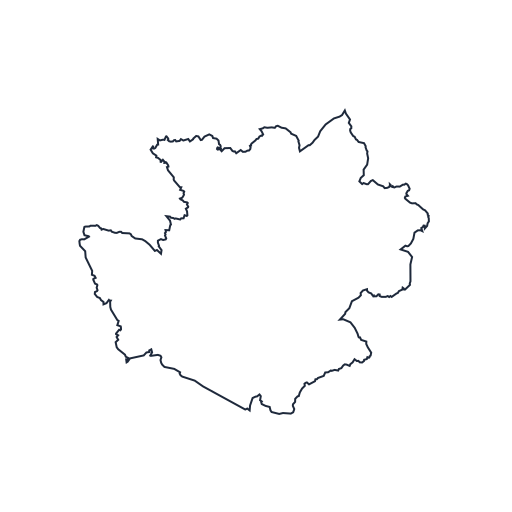 the district of Benito Juárez, Zacatecas, Mexico, rotated 134°
{"feature_id": "50627088B40188913949986", "entity_name": "Benito Juárez", "entity_type": "district", "adm_level": 2, "iso_a3": "MEX", "parent_name": "Mexico", "parent_adm1": "Zacatecas", "projection": "mercator", "projection_center": [-103.583, 21.491], "detail": "fine", "context": "isolated", "style": "outline", "palette": "slate", "viewbox_px": 512, "rotation_deg": 134, "n_neighbors": 0, "source": "geoboundaries", "source_scale": "gbopen_adm2", "svg_char_len": 6154}
<svg xmlns="http://www.w3.org/2000/svg" viewBox="0 0 512 512"><g transform="rotate(134 256 256)"><path d="M111.0,155.7L108.8,158.0L108.2,159.4L107.2,159.6L107.1,161.1L106.1,162.0L105.7,166.1L106.4,168.2L106.6,174.6L107.2,176.2L107.2,177.9L109.7,180.3L110.6,182.2L111.1,188.4L110.8,189.3L109.5,189.9L107.2,188.6L107.0,190.7L106.5,191.4L103.7,192.1L102.4,191.5L100.9,192.2L99.5,195.8L99.5,197.7L100.0,198.6L101.6,198.8L102.7,199.9L106.2,200.8L108.4,203.2L110.6,204.1L111.5,205.9L109.9,206.3L111.7,206.1L112.2,207.5L111.4,208.4L111.4,209.5L112.0,208.8L114.0,208.2L115.9,209.0L117.8,210.6L117.5,212.9L119.9,218.0L120.3,224.7L122.3,225.5L126.5,225.3L127.5,226.3L128.8,229.3L130.5,229.6L130.5,233.5L127.0,234.9L123.0,234.6L119.1,238.6L113.1,239.5L107.8,243.2L105.1,247.2L103.3,248.5L103.2,249.7L101.7,252.7L100.8,253.4L99.8,256.7L102.7,261.4L102.3,263.9L102.7,265.1L101.7,267.9L102.2,269.4L101.3,273.7L100.4,275.4L99.2,276.4L97.9,276.2L96.5,277.5L95.8,281.7L92.5,283.2L91.1,290.3L89.6,293.2L94.8,292.0L97.7,292.7L102.9,295.5L113.0,297.3L121.6,296.5L127.0,294.3L131.9,294.5L135.2,294.0L139.0,294.3L139.8,295.2L150.2,297.1L148.3,300.2L146.1,301.6L144.1,305.1L143.4,305.4L141.7,310.5L143.6,315.7L143.0,317.1L143.6,323.3L146.0,326.8L147.2,330.8L148.7,331.7L150.7,331.5L152.6,334.1L155.9,336.9L157.6,339.4L159.5,339.8L162.1,341.4L162.4,338.6L163.6,335.3L165.4,335.2L165.5,335.8L167.7,336.5L170.0,335.9L171.5,336.9L173.3,336.7L178.3,337.3L179.7,336.9L180.0,336.3L181.0,336.8L181.7,335.3L183.1,334.4L185.0,334.3L186.2,335.4L188.3,336.0L190.2,337.8L190.4,340.6L195.8,341.6L195.4,343.9L196.3,344.6L196.8,345.9L196.2,349.5L200.3,353.5L204.5,353.5L204.4,354.8L203.4,355.6L206.1,357.5L206.1,358.4L205.0,359.0L204.5,359.0L203.7,357.0L202.8,356.9L201.5,357.7L201.0,359.0L201.2,360.3L199.0,363.2L199.0,365.9L201.0,368.8L200.0,370.8L201.0,374.1L205.9,376.0L210.0,375.6L211.0,376.3L210.0,380.5L211.2,382.4L215.1,382.7L215.7,382.3L219.5,383.1L218.9,386.0L223.4,388.5L224.1,391.2L226.3,390.9L229.0,393.0L228.7,394.7L229.6,395.4L231.4,395.4L233.0,396.8L233.8,398.2L233.8,400.0L233.0,400.1L232.5,400.7L232.1,403.5L232.6,403.8L236.1,402.5L236.8,403.6L239.6,405.4L240.1,408.0L243.8,403.8L244.6,404.4L248.2,403.5L249.3,403.8L250.1,404.6L249.7,405.4L248.0,406.5L252.7,405.7L253.8,401.5L253.0,397.4L254.4,396.4L253.5,394.7L253.2,391.4L254.5,390.0L254.2,389.6L251.5,389.8L251.8,387.3L252.7,386.6L252.0,386.0L251.4,386.4L251.0,385.6L251.8,382.1L252.5,381.1L253.9,381.8L255.5,378.8L256.5,369.8L258.2,368.3L258.6,367.3L259.4,358.6L258.5,357.5L261.1,356.5L259.5,353.3L259.6,352.3L261.1,351.8L261.9,350.4L264.0,349.8L265.5,349.6L267.5,350.6L267.7,349.8L266.9,347.3L267.1,345.5L265.3,342.8L265.3,341.9L266.9,341.5L267.6,339.0L268.2,338.7L270.7,339.3L271.8,336.6L274.4,333.6L275.3,333.6L276.3,335.7L279.2,334.3L280.9,336.0L282.4,335.9L284.8,339.9L285.8,340.4L286.1,341.8L287.6,343.9L287.4,345.2L289.6,348.1L290.3,342.4L292.5,339.0L293.4,339.1L297.8,336.3L300.2,339.1L301.3,337.5L302.8,337.4L303.4,336.0L304.5,335.7L305.7,332.8L306.8,332.5L309.0,333.9L309.9,336.1L313.1,337.2L314.5,335.9L316.0,332.9L316.6,332.7L317.4,328.0L320.4,325.9L320.5,331.4L322.6,332.3L321.8,340.4L322.2,346.0L323.1,349.5L327.3,355.1L328.0,359.4L327.3,361.0L327.6,362.7L332.4,368.2L332.3,369.8L333.5,371.1L336.1,372.2L337.3,373.6L338.7,376.6L338.4,378.3L340.1,379.6L342.7,384.7L344.3,385.4L343.7,386.6L344.2,387.6L343.9,390.4L344.4,392.0L345.8,392.5L349.2,396.1L350.5,396.4L353.5,399.3L354.4,399.6L358.5,397.0L360.2,393.8L358.0,390.1L358.1,389.6L363.3,391.1L364.9,392.9L366.5,393.8L368.0,393.4L369.6,391.5L370.9,389.7L371.2,382.2L375.4,377.5L380.5,363.5L383.5,361.0L382.4,358.4L383.1,356.2L385.4,357.1L386.1,356.6L387.7,352.6L386.9,350.6L387.1,349.9L389.5,348.6L390.7,346.2L391.7,346.0L393.8,346.8L395.3,345.6L395.8,341.8L394.7,339.1L395.4,336.9L395.0,333.8L396.7,332.1L393.8,330.8L389.8,331.3L389.9,330.6L389.0,329.5L390.2,329.2L393.9,325.4L395.3,323.1L398.4,311.3L398.1,309.7L402.1,307.7L400.6,304.4L401.6,303.1L402.6,302.1L403.7,302.0L404.1,303.2L409.0,302.8L409.4,302.4L408.8,300.1L411.1,300.0L412.0,296.9L415.5,297.1L418.4,292.8L418.8,290.4L418.0,281.7L418.9,279.7L418.1,277.0L419.8,276.5L420.6,277.5L422.4,275.2L421.2,274.9L417.2,275.5L405.5,267.7L401.5,267.8L399.1,266.0L398.1,267.2L395.9,266.5L397.5,263.8L401.1,262.9L400.9,262.3L395.3,257.9L394.1,255.4L394.6,253.7L397.2,252.4L398.7,250.0L399.3,248.1L399.4,244.8L394.0,236.4L392.4,229.8L393.6,229.3L394.2,227.4L394.0,225.3L388.2,213.5L386.6,203.5L373.9,157.1L371.8,156.3L371.5,153.3L367.7,156.4L360.5,159.8L357.4,158.6L356.3,157.7L353.2,157.3L353.5,155.2L356.9,152.9L356.6,150.8L357.5,150.8L358.5,149.0L357.2,145.0L355.1,141.3L357.0,138.3L357.4,136.4L353.5,129.6L350.2,127.5L345.2,121.5L342.6,120.7L340.4,121.7L339.5,122.2L338.2,125.4L337.0,126.4L333.8,126.5L331.5,128.6L328.0,128.6L327.1,127.9L323.7,129.7L319.3,130.8L315.5,130.7L314.2,132.4L312.8,132.2L311.6,131.6L311.5,128.7L305.1,126.6L303.4,127.6L302.3,126.6L300.7,126.7L295.2,124.0L291.7,125.3L289.6,123.4L286.3,122.6L286.1,121.8L283.3,120.3L281.3,117.3L279.7,117.9L277.4,116.7L274.3,117.2L272.3,116.9L271.2,115.4L270.0,112.3L268.3,113.0L265.4,112.6L261.8,113.4L261.5,110.5L260.3,109.5L260.4,107.5L258.9,105.7L256.4,105.4L255.5,106.1L253.2,104.7L251.4,105.6L250.8,104.1L250.1,104.0L249.2,104.6L248.0,104.4L245.5,106.0L244.0,112.2L242.7,115.6L240.9,117.2L243.3,122.1L242.3,124.6L243.0,125.2L243.0,126.0L241.3,129.0L239.1,135.1L238.1,142.0L240.9,149.3L243.5,151.5L235.7,151.7L234.2,152.7L228.7,152.6L221.9,155.6L214.8,153.3L211.4,153.3L210.0,155.0L206.5,155.1L202.8,153.1L203.8,152.1L204.0,149.8L202.9,147.1L203.4,144.5L202.6,143.9L203.3,143.3L201.3,141.4L198.6,141.4L197.8,140.3L198.9,139.2L198.1,137.2L195.3,134.3L193.3,133.4L193.0,131.7L191.4,131.5L191.2,130.0L185.4,128.9L184.0,128.3L182.0,128.8L178.5,127.4L176.9,128.5L176.7,127.1L177.2,126.1L176.7,125.5L169.8,125.2L169.0,126.3L166.9,127.3L154.8,139.1L148.3,143.0L147.4,149.5L150.8,156.5L144.8,155.7L144.0,154.0L143.0,153.3L139.4,153.3L134.4,154.7L129.1,158.2L125.1,157.4L123.2,155.5L122.6,153.7L121.1,156.5L119.2,156.1L117.7,156.6L117.0,155.7L118.9,153.7L115.5,153.8L113.2,155.3L111.0,155.7Z" fill="none" stroke="#1e293b" stroke-width="2"/></g></svg>